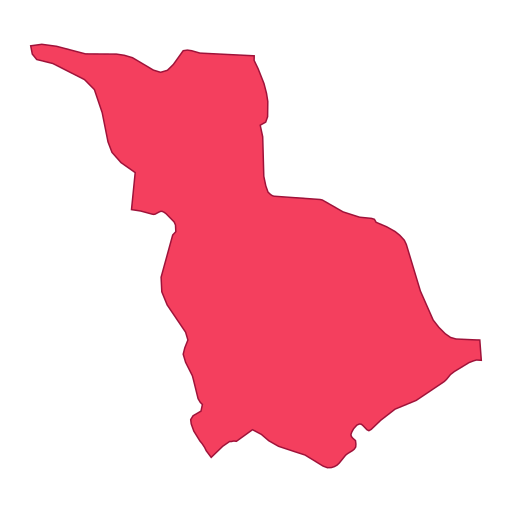 the Province of Babil
{"feature_id": "IRQ-3472", "entity_name": "Babil", "entity_type": "Province", "adm_level": 1, "iso_a3": "IRQ", "parent_name": "Iraq", "parent_adm1": "", "projection": "robinson", "projection_center": [44.536, 32.662], "detail": "fine", "context": "isolated", "style": "filled", "palette": "rose", "viewbox_px": 512, "rotation_deg": 0, "n_neighbors": 0, "source": "natural_earth", "source_scale": "10m", "svg_char_len": 1873}
<svg xmlns="http://www.w3.org/2000/svg" viewBox="0 0 512 512"><path d="M187.4,50.1L191.6,50.7L200.0,53.1L254.2,55.8L254.1,60.4L258.1,68.7L264.0,83.6L266.5,93.3L267.8,101.5L267.6,116.7L265.7,122.1L260.2,125.2L262.7,136.8L263.8,176.3L265.8,185.9L268.0,192.1L270.2,194.2L271.8,195.4L273.8,196.2L320.1,199.5L322.3,200.0L343.1,211.9L359.6,217.2L371.6,218.4L374.4,219.3L376.1,222.3L386.7,226.8L395.2,231.6L399.8,235.3L404.3,240.2L406.3,244.4L420.4,291.1L433.2,320.1L438.9,327.4L445.2,333.7L450.5,337.4L456.0,339.0L475.6,339.9L479.8,340.0L480.7,352.2L481.3,360.3L476.5,360.0L473.7,360.8L469.0,362.6L454.4,371.5L450.5,374.5L446.5,379.4L444.3,381.5L416.2,400.4L395.1,409.1L380.8,420.2L371.2,429.4L368.9,430.7L366.9,429.7L363.2,425.8L361.3,424.2L359.3,424.0L356.9,425.1L353.7,428.6L351.8,432.0L350.9,434.7L351.4,436.5L352.8,438.2L355.5,440.6L355.9,444.1L355.7,447.0L354.3,449.1L352.5,450.6L347.6,453.6L345.6,455.2L339.3,463.0L337.1,465.1L334.4,466.6L331.3,467.6L327.4,467.7L323.1,466.1L305.0,455.0L295.1,451.8L278.5,446.3L268.7,440.7L261.4,434.4L252.5,429.7L236.4,441.3L233.8,441.0L231.1,441.6L229.6,441.5L222.8,446.2L211.2,457.4L206.2,450.7L204.6,447.4L202.1,443.6L200.0,441.1L193.8,431.1L191.2,423.8L190.7,419.6L193.1,415.7L201.0,411.1L202.4,404.5L200.3,402.4L198.1,398.7L193.5,380.0L192.4,375.8L185.6,362.3L183.2,354.2L184.8,347.8L187.9,340.0L185.6,332.2L167.2,305.0L161.8,291.8L161.1,277.2L172.7,235.0L175.8,231.7L175.6,227.3L175.5,225.0L174.1,221.9L166.2,213.8L164.0,212.2L162.0,211.3L160.5,211.4L158.7,212.2L155.2,214.1L153.7,214.4L152.0,214.1L140.6,211.0L131.5,209.6L135.2,172.6L121.0,162.6L112.0,152.4L108.0,141.9L102.2,112.7L94.4,89.6L84.5,79.6L52.8,63.5L36.7,59.5L32.3,54.1L30.7,45.8L41.8,44.3L56.6,46.3L85.5,53.9L116.5,54.1L124.4,55.3L132.5,57.7L153.4,70.1L160.6,72.3L167.4,70.3L173.4,64.4L183.2,50.7L187.4,50.1Z" fill="#f43f5e" stroke="#9f1239" stroke-width="1.5"/></svg>